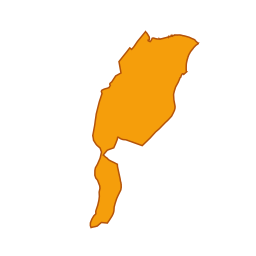 Pulang Pisau, Kalimantan Tengah, Indonesia (Robinson projection), rotated 200°
{"feature_id": "22746128B75083695068268", "entity_name": "Pulang Pisau", "entity_type": "district", "adm_level": 2, "iso_a3": "IDN", "parent_name": "Indonesia", "parent_adm1": "Kalimantan Tengah", "projection": "robinson", "projection_center": [113.906, -2.505], "detail": "fine", "context": "isolated", "style": "filled", "palette": "amber", "viewbox_px": 256, "rotation_deg": 200, "n_neighbors": 0, "source": "geoboundaries", "source_scale": "gbopen_adm2", "svg_char_len": 4758}
<svg xmlns="http://www.w3.org/2000/svg" viewBox="0 0 256 256"><g transform="rotate(200 128 128)"><path d="M114.9,31.6L113.8,35.9L112.9,40.0L112.7,42.0L112.7,42.7L112.7,43.8L112.9,45.3L114.0,49.1L114.1,50.5L114.3,52.2L114.4,54.7L114.5,57.9L114.3,60.8L113.6,67.4L114.1,70.0L114.5,71.0L115.2,72.8L115.5,73.2L115.9,74.1L116.8,75.3L118.2,77.8L119.9,80.5L124.6,88.0L125.4,89.7L125.6,90.3L126.8,90.4L129.6,90.8L131.9,91.0L133.8,91.2L135.1,91.5L135.5,91.6L137.7,92.7L139.2,93.0L140.5,93.6L142.0,94.1L141.5,95.7L139.9,100.0L138.5,101.3L134.6,104.5L134.3,109.1L134.2,113.5L134.5,115.4L134.3,116.0L132.4,115.7L131.3,115.4L129.2,115.4L128.5,115.5L125.9,116.2L108.6,116.3L103.8,126.2L100.8,133.6L98.4,137.9L94.8,145.9L93.2,149.0L91.1,154.0L90.6,158.0L90.4,160.5L90.6,162.7L91.2,164.5L94.5,170.1L96.5,174.7L96.8,175.8L97.1,178.5L97.3,182.7L96.5,188.0L96.3,191.4L96.4,192.6L95.8,193.8L95.9,195.4L95.6,197.1L95.4,197.4L95.3,197.6L94.8,197.8L94.0,197.4L92.1,200.9L92.3,200.9L93.0,202.0L93.1,202.4L93.6,203.6L94.4,205.9L95.0,207.8L95.3,209.1L95.6,211.2L95.6,211.4L95.7,211.5L95.7,211.9L95.8,213.0L95.8,213.6L95.8,213.8L95.9,215.0L96.0,215.3L95.9,215.6L95.9,217.4L95.9,217.6L95.9,217.8L95.8,218.2L95.7,218.9L95.7,219.0L95.6,219.3L95.5,220.1L95.5,220.3L95.4,220.8L95.3,221.1L95.3,221.3L95.2,221.5L95.0,222.2L94.8,222.6L94.5,223.7L94.5,224.0L94.3,224.3L94.1,224.6L94.0,225.2L93.9,225.6L93.8,226.0L93.5,226.6L92.5,228.9L91.5,230.3L91.0,231.0L90.9,231.2L91.0,231.3L91.0,231.5L91.1,231.4L91.1,231.5L91.3,231.7L91.5,231.7L91.6,231.8L91.8,231.9L92.1,232.0L92.3,232.1L94.6,233.1L94.8,233.3L95.1,233.5L95.4,233.7L95.8,233.8L96.9,233.8L97.0,233.9L97.4,233.9L97.6,233.9L97.9,233.9L99.3,234.0L100.3,234.1L100.6,234.1L101.9,234.2L102.8,234.1L104.5,234.0L105.9,233.9L107.3,233.7L107.7,233.6L107.9,233.5L108.0,233.5L108.3,233.5L109.2,233.5L109.7,233.4L110.4,233.2L110.6,233.3L110.8,233.2L111.9,232.9L112.3,232.7L113.1,232.4L113.4,232.3L113.5,232.1L114.2,232.0L114.3,232.0L114.4,231.9L115.4,231.5L115.7,231.2L115.9,231.2L116.0,231.1L116.1,230.9L116.3,230.8L116.5,230.7L116.5,230.8L116.6,230.7L116.8,230.5L117.0,230.5L117.1,230.4L117.3,230.3L117.4,230.2L117.5,230.1L117.8,230.0L117.8,229.9L118.0,229.9L118.1,229.7L118.2,229.8L118.2,229.7L118.3,229.7L118.2,229.6L118.3,229.6L118.3,229.4L118.6,229.5L118.6,229.4L118.8,229.3L118.8,229.1L119.0,229.1L119.3,228.8L119.4,228.7L119.5,228.7L119.7,228.4L119.9,228.4L119.9,228.2L120.1,228.2L120.3,228.0L120.4,227.9L120.4,228.0L120.5,227.9L120.7,227.7L120.9,227.7L121.1,227.5L121.1,227.4L121.2,227.5L121.2,227.4L121.5,227.1L121.9,226.9L122.0,226.8L122.0,226.7L122.3,226.6L122.5,226.4L123.0,226.1L123.4,225.7L123.5,225.7L124.0,225.4L124.9,224.8L124.9,224.7L125.1,224.6L125.3,224.5L125.3,224.4L125.6,224.3L125.6,224.2L126.1,223.9L126.5,223.7L126.7,223.4L126.8,223.4L127.0,223.3L127.2,223.2L127.3,223.2L127.5,223.0L127.7,222.9L127.9,222.7L128.0,222.8L128.2,222.7L128.5,222.6L128.7,222.4L128.8,222.5L129.0,222.4L129.1,222.2L129.3,222.2L129.4,222.3L129.4,222.2L129.5,222.2L129.9,222.0L130.2,221.9L130.6,221.8L131.0,221.6L131.5,221.6L132.0,221.5L132.1,221.4L132.4,221.4L132.4,221.5L132.4,221.4L132.7,221.4L132.9,221.4L133.5,221.4L133.8,221.2L134.0,221.3L134.2,221.2L134.5,221.3L135.0,221.2L135.4,221.0L135.5,220.9L135.9,220.7L136.0,220.5L135.9,220.0L136.0,219.9L136.0,219.7L136.1,219.4L136.1,219.2L136.2,218.4L136.2,218.1L136.5,217.3L136.6,217.2L136.8,216.7L138.6,216.8L138.9,216.9L139.2,217.4L138.9,217.6L138.5,217.8L138.2,218.1L138.3,218.6L138.4,218.9L138.4,219.2L138.5,219.3L138.5,219.5L138.7,219.9L139.1,220.6L139.4,221.0L139.8,221.3L140.2,221.6L140.8,222.0L141.0,222.3L142.1,223.1L142.3,223.2L142.4,223.3L142.5,223.4L142.9,223.7L143.4,223.9L143.5,224.0L144.3,224.3L144.5,224.5L148.7,212.6L150.3,206.2L151.5,203.1L153.7,203.9L154.2,202.4L155.3,198.9L156.9,194.2L159.2,187.3L153.4,177.3L157.4,172.7L159.0,165.8L159.1,165.7L159.3,165.4L159.4,165.1L160.0,164.2L160.2,163.3L160.0,162.7L159.2,162.1L159.4,161.0L159.5,160.7L159.5,160.2L159.6,159.6L160.9,158.4L162.9,157.0L163.8,156.3L165.5,154.5L165.6,153.3L164.7,152.1L164.4,151.7L164.2,151.5L164.2,151.2L164.1,148.7L164.1,147.7L164.0,146.4L164.0,146.0L164.0,145.1L163.9,142.5L162.6,130.0L162.4,129.3L161.8,126.5L161.3,124.0L160.4,120.0L160.0,117.8L158.5,108.8L156.9,106.1L156.2,104.7L152.6,101.9L151.2,101.1L147.3,99.6L145.9,97.8L144.7,96.4L144.0,91.2L143.9,90.1L143.9,89.6L144.3,83.5L144.9,80.0L145.0,79.5L144.6,76.8L143.0,72.3L141.2,70.0L138.7,68.5L136.4,65.8L134.8,64.0L133.7,61.7L133.2,57.9L131.5,53.9L130.6,50.0L130.1,45.8L130.0,44.8L129.9,40.5L129.8,38.7L128.9,36.4L128.9,36.2L129.3,35.4L130.1,33.7L130.7,30.5L130.8,29.9L130.9,26.0L130.0,23.4L128.7,21.8L127.6,22.6L125.3,24.0L124.7,24.4L123.3,25.4L121.7,28.4L121.4,28.9L120.7,30.1L114.9,31.6Z" fill="#f59e0b" stroke="#b45309" stroke-width="1.5"/></g></svg>